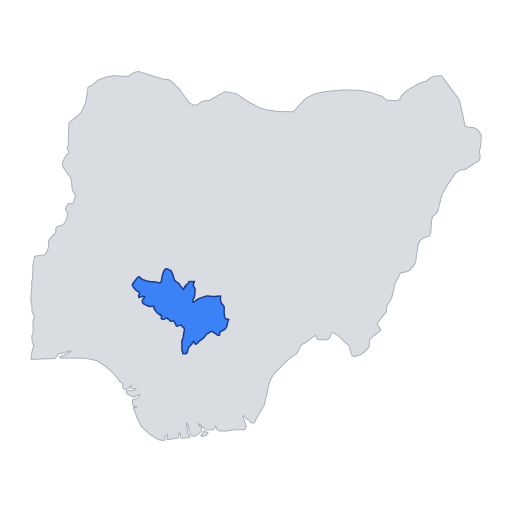 Nigeria, with Kogi highlighted
{"feature_id": "NGA-2865", "entity_name": "Kogi", "entity_type": "State", "adm_level": 1, "iso_a3": "NGA", "parent_name": "Nigeria", "parent_adm1": "", "projection": "orthographic", "projection_center": [6.621, 7.634], "detail": "fine", "context": "in_parent", "style": "filled", "palette": "blue", "viewbox_px": 512, "rotation_deg": 0, "n_neighbors": 0, "source": "natural_earth", "source_scale": "10m", "svg_char_len": 6237}
<svg xmlns="http://www.w3.org/2000/svg" viewBox="0 0 512 512"><path d="M441.5,75.8L459.2,99.5L463.3,117.3L465.0,126.1L467.8,127.1L473.1,127.5L477.0,129.2L479.4,132.0L481.0,134.7L481.3,136.4L480.5,147.1L479.3,151.0L480.1,156.3L480.0,158.5L479.4,160.1L477.1,161.9L473.9,163.7L466.3,168.9L464.1,169.7L460.9,169.9L458.1,171.2L454.8,174.1L447.8,184.4L441.9,194.9L437.7,211.6L432.4,216.9L431.5,221.5L430.8,232.0L430.0,235.1L429.2,236.1L423.3,238.1L420.0,240.6L418.0,245.3L415.7,261.4L414.8,264.1L412.9,266.9L409.9,269.9L407.4,271.6L400.6,272.8L394.3,285.0L394.3,287.1L391.6,298.1L386.7,306.4L386.4,311.8L380.3,319.1L377.1,324.1L380.5,329.2L380.8,330.1L370.1,339.0L369.5,340.3L369.1,346.3L368.3,348.0L366.3,350.2L363.5,352.7L360.6,354.6L357.2,356.0L354.0,356.5L352.2,355.8L351.2,353.9L349.3,346.5L348.4,345.0L346.3,343.5L338.0,335.5L333.0,332.6L331.9,332.8L331.1,333.6L329.7,337.8L328.3,339.3L325.7,339.8L321.1,339.9L317.7,339.4L317.0,338.6L315.3,335.3L305.1,342.9L301.5,344.6L297.0,353.4L290.5,357.8L286.1,361.6L274.1,373.7L271.8,377.2L269.4,382.5L264.3,405.0L256.1,419.0L255.0,422.0L254.5,421.9L253.4,423.2L250.2,422.4L248.8,419.8L246.8,419.4L243.4,415.6L242.6,416.2L246.3,425.9L244.9,429.7L234.8,429.8L226.0,431.1L220.0,431.0L217.0,429.6L215.7,426.0L215.2,426.4L214.9,428.3L212.9,429.8L206.2,430.1L203.2,427.7L200.8,424.9L198.2,423.7L198.6,424.8L201.6,427.5L201.2,431.4L195.8,435.9L192.3,436.2L190.2,434.3L189.1,431.1L188.6,426.4L187.1,423.4L186.4,423.4L187.3,428.4L187.3,433.2L189.9,436.9L186.0,438.0L181.2,438.1L180.6,436.8L180.0,433.7L179.2,432.9L178.2,438.1L168.4,439.5L167.0,439.3L166.7,438.4L167.5,436.9L167.3,434.6L165.1,436.4L164.8,440.0L163.5,440.5L159.8,440.0L155.8,438.2L149.2,433.7L141.1,426.3L139.8,423.0L137.5,418.9L133.3,407.7L134.0,407.2L135.9,407.8L136.8,406.8L133.5,406.0L132.8,405.2L132.5,402.7L132.7,399.7L137.8,398.1L139.0,396.3L139.7,394.5L133.4,397.2L127.5,394.1L126.2,392.1L126.9,390.7L133.7,390.6L136.1,389.2L134.6,388.7L132.0,388.7L131.1,387.7L131.2,385.5L130.3,386.0L129.2,388.0L125.2,389.5L122.9,388.0L122.7,384.6L122.2,383.1L120.2,382.0L113.3,373.1L104.7,365.7L96.9,360.6L85.3,358.2L60.8,358.1L59.5,357.4L61.0,356.2L63.1,355.5L71.0,351.4L69.7,350.9L61.5,353.4L58.7,353.6L55.0,358.5L31.0,359.4L31.1,357.1L32.2,350.7L33.7,346.2L32.1,340.8L31.8,335.8L32.8,334.3L33.1,332.5L33.0,319.9L34.3,318.0L34.4,316.7L31.9,311.4L32.0,307.2L31.5,303.2L30.7,301.4L31.8,286.1L31.6,282.2L32.4,279.6L32.8,272.9L32.8,266.4L34.5,256.2L44.8,254.9L47.3,250.9L48.8,245.9L48.4,240.8L51.8,236.4L55.8,232.6L55.7,228.3L56.8,227.0L58.7,226.0L61.5,225.5L64.5,223.4L66.3,219.7L68.0,213.7L65.4,209.5L65.5,208.6L66.5,206.3L68.1,204.1L69.4,203.4L72.3,204.0L73.3,203.1L75.3,196.5L75.1,194.7L72.4,190.3L71.0,178.3L70.2,176.8L68.1,174.6L62.5,166.1L62.6,162.1L65.1,157.1L66.7,154.6L68.9,153.2L69.3,152.1L68.7,150.6L67.6,149.6L67.4,147.3L68.5,144.1L68.2,140.6L69.0,122.6L73.6,119.1L80.4,113.3L83.8,107.2L85.7,102.5L88.1,87.1L91.7,85.5L98.4,79.9L107.6,76.7L113.5,75.7L123.9,76.4L129.1,75.9L133.6,72.8L135.7,72.0L138.5,71.5L164.4,79.5L166.7,79.2L168.7,79.7L172.0,81.8L179.6,89.3L187.6,100.8L190.1,103.3L192.6,104.6L195.2,105.1L197.1,104.9L198.9,103.8L201.5,101.6L205.3,100.6L208.4,100.8L224.5,91.9L226.1,91.8L236.0,93.7L249.6,102.5L260.7,108.3L268.5,110.2L277.6,111.5L293.2,111.8L304.8,99.3L309.1,96.5L314.3,94.0L325.1,91.6L343.1,89.9L360.1,90.4L370.6,92.4L381.8,96.3L386.7,100.2L394.2,100.7L399.5,99.9L401.2,96.0L406.5,90.9L414.4,86.0L420.9,82.7L426.3,81.1L431.0,77.3L434.8,76.1L441.5,75.8ZM206.8,435.1L203.1,436.3L200.7,436.0L204.0,430.9L205.7,432.0L207.9,432.5L206.8,435.1Z" fill="#d9dde1" stroke="#a8b0b8" stroke-width="1"/><path d="M220.6,296.2L220.4,298.4L220.5,300.5L221.0,302.4L222.1,304.1L223.2,305.2L224.0,306.6L224.2,308.0L224.1,312.4L224.7,317.0L225.1,318.5L226.4,319.2L227.8,319.0L228.8,319.7L228.0,321.0L227.6,322.1L227.5,323.4L226.8,326.5L225.2,329.1L220.2,331.9L219.6,333.4L219.5,335.2L218.4,335.5L217.2,334.9L215.6,333.6L214.1,332.9L212.8,331.7L211.0,331.6L209.6,332.3L208.3,333.3L207.1,333.7L206.4,334.3L204.3,337.2L202.4,339.0L199.2,341.2L197.7,343.0L196.0,344.3L195.1,343.9L194.5,343.0L194.2,342.7L194.0,342.2L194.0,341.8L193.9,341.5L192.7,342.3L191.6,344.4L189.0,346.9L188.1,348.7L187.3,352.4L186.0,353.7L185.1,353.8L184.1,353.6L183.2,353.6L182.9,353.7L182.9,353.1L182.8,352.5L182.0,350.4L181.9,348.7L182.0,343.8L181.8,341.8L181.9,341.1L182.3,339.6L183.3,337.5L183.4,337.1L183.3,335.4L183.4,335.1L183.7,334.1L183.9,332.2L184.3,330.7L184.5,330.0L184.4,329.3L184.3,328.9L183.7,327.6L183.7,327.3L182.6,327.0L182.1,326.7L182.0,326.0L181.6,325.5L181.0,325.0L180.0,325.1L178.5,325.8L176.5,326.1L176.0,325.4L175.9,324.6L175.4,324.0L174.5,321.8L173.5,321.0L172.8,320.9L171.3,321.2L170.4,321.2L169.3,319.9L168.1,319.1L167.5,318.6L167.1,317.9L166.4,318.1L165.6,318.6L163.8,319.3L162.1,319.3L161.1,318.0L161.6,316.3L161.3,315.4L160.0,315.0L160.2,314.3L159.5,313.9L158.8,314.0L158.1,313.7L155.7,311.1L153.8,308.1L154.1,306.6L152.9,306.1L149.8,306.6L148.1,306.1L145.1,304.6L144.5,304.1L144.0,304.1L142.7,303.0L142.2,301.3L142.5,299.7L143.6,298.3L144.4,297.8L144.5,296.9L143.9,296.5L143.2,296.4L141.8,296.6L140.4,296.9L139.4,297.5L138.7,297.2L138.6,295.6L139.4,294.5L139.1,292.2L136.5,290.6L135.0,289.2L134.6,288.5L134.0,287.9L133.4,287.2L132.3,285.0L132.6,283.8L136.9,278.3L138.6,276.7L140.1,277.4L142.1,279.3L145.9,280.7L149.7,281.6L154.9,281.9L159.1,282.8L160.4,282.6L161.2,281.6L161.5,280.5L162.1,276.5L163.7,271.2L165.3,269.1L167.0,268.8L167.7,268.9L167.9,269.1L169.3,270.1L170.1,270.2L170.7,270.5L171.2,271.0L172.1,272.6L172.2,273.3L172.2,273.6L172.8,274.8L172.9,275.1L173.1,275.2L173.3,275.5L173.4,275.8L173.5,277.0L173.9,278.8L174.8,280.6L175.1,280.8L178.9,283.6L179.3,284.1L180.8,286.5L182.2,288.1L182.7,288.3L182.8,288.5L183.3,289.0L183.4,289.3L184.1,288.6L184.3,287.6L184.8,286.6L185.2,286.2L185.8,286.5L185.9,285.9L185.9,285.1L186.5,284.5L187.3,284.2L188.4,283.1L188.9,281.6L191.2,281.5L192.6,281.7L194.0,281.4L194.3,281.4L194.0,282.7L193.1,285.2L194.9,288.5L195.1,291.0L194.5,296.6L194.0,297.8L193.3,298.9L192.9,300.5L192.9,302.1L193.2,302.2L194.1,301.8L195.4,301.0L196.1,300.3L196.4,300.2L198.4,298.8L206.1,296.1L207.4,296.0L214.1,296.6L219.5,296.0L220.1,296.1L220.6,296.2Z" fill="#3b82f6" stroke="#1e3a8a" stroke-width="1.5"/></svg>